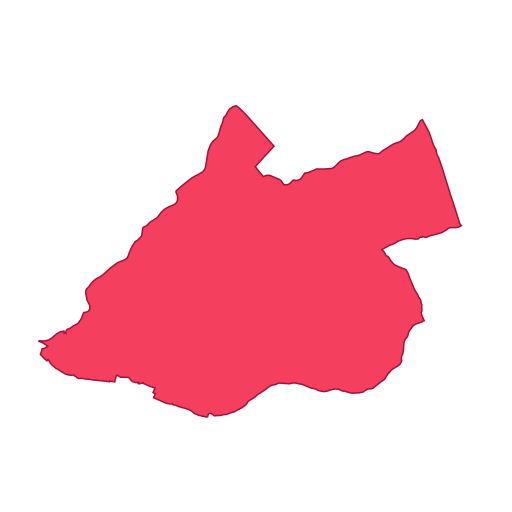 outline of Paltinoasa, Suceava, Romania, rotated 102°
{"feature_id": "2599482B31508452360493", "entity_name": "Paltinoasa", "entity_type": "district", "adm_level": 2, "iso_a3": "ROU", "parent_name": "Romania", "parent_adm1": "Suceava", "projection": "albers", "projection_center": [25.986, 47.548], "detail": "fine", "context": "isolated", "style": "filled", "palette": "rose", "viewbox_px": 512, "rotation_deg": 102, "n_neighbors": 0, "source": "geoboundaries", "source_scale": "gbopen_adm2", "svg_char_len": 6096}
<svg xmlns="http://www.w3.org/2000/svg" viewBox="0 0 512 512"><g transform="rotate(102 256 256)"><path d="M397.1,446.5L398.3,444.6L400.8,441.1L402.0,438.7L400.4,437.9L402.5,435.8L403.6,434.9L404.9,433.2L405.7,431.6L407.7,428.1L407.8,426.6L408.2,426.0L411.1,417.9L411.4,415.2L410.8,415.0L411.3,413.3L411.1,411.9L410.8,411.3L410.4,409.6L410.4,409.0L410.8,408.7L411.2,408.2L411.6,406.6L412.4,405.5L412.6,404.4L412.7,403.6L412.5,403.1L412.3,402.5L412.1,402.2L411.9,401.7L411.9,401.0L411.8,399.9L411.8,398.6L411.7,396.6L411.3,393.8L411.2,392.5L411.1,388.8L411.0,387.9L410.8,387.5L410.6,384.8L409.9,378.6L409.5,373.2L408.7,373.2L408.6,368.3L408.4,367.9L407.2,368.1L405.6,368.1L404.7,368.0L402.3,367.6L401.8,367.4L401.4,367.1L402.4,364.3L402.7,363.1L402.6,362.3L402.0,359.8L401.4,356.8L401.3,355.5L401.6,354.9L402.2,353.9L403.6,352.4L404.5,351.0L404.7,349.0L404.8,348.2L404.8,346.9L404.6,346.3L403.9,344.7L405.3,344.7L405.2,343.3L403.5,340.3L404.0,340.2L404.5,337.3L404.8,336.3L405.6,332.3L405.7,330.4L406.1,329.2L406.0,328.3L406.1,327.3L411.0,328.4L411.7,325.9L415.9,326.8L417.7,318.1L418.5,314.2L418.7,311.1L418.6,309.0L417.9,307.3L418.3,307.1L418.6,306.4L418.8,305.4L418.6,303.8L418.9,302.7L419.3,301.2L419.6,296.8L419.7,294.3L420.3,289.4L420.9,287.2L421.9,285.1L422.6,284.0L422.9,283.3L423.1,282.5L423.4,280.4L423.7,279.3L423.8,278.5L423.8,278.0L423.6,276.8L424.0,275.5L423.7,274.4L423.7,273.8L423.8,273.2L423.7,271.3L423.7,270.7L423.2,269.8L421.3,269.9L420.3,269.5L419.8,268.8L419.3,267.0L420.7,264.2L421.0,263.7L420.6,262.3L419.3,257.5L418.0,254.9L416.9,251.6L414.5,247.8L412.9,244.9L411.8,243.6L410.7,242.4L408.8,239.9L405.6,236.5L403.6,234.9L401.9,234.1L400.4,233.7L399.6,233.3L395.5,229.1L394.6,228.0L393.3,227.0L392.0,226.3L390.4,224.9L388.6,222.8L386.0,220.3L384.2,218.6L382.2,217.0L380.2,215.1L379.1,213.6L378.2,211.7L377.8,210.3L376.4,208.6L375.6,207.3L375.2,205.2L374.8,201.9L374.0,196.6L372.6,193.7L372.3,192.5L372.1,190.9L372.1,186.7L371.9,184.7L372.2,182.7L373.0,178.5L373.7,174.7L373.7,169.7L374.2,168.5L374.7,166.4L374.6,161.8L373.6,158.7L370.9,154.1L369.5,150.8L369.5,150.0L369.1,147.9L369.9,144.4L370.1,142.3L369.6,140.9L370.1,138.6L370.1,137.3L370.3,134.6L370.2,133.3L368.3,126.5L366.7,122.8L364.9,121.2L363.4,119.5L362.7,118.4L361.8,115.3L361.0,113.9L358.8,112.3L353.4,107.9L349.6,104.4L347.2,103.7L342.5,101.9L342.6,101.5L339.6,100.0L338.2,98.8L333.9,94.2L331.3,92.4L328.7,91.7L328.0,91.7L326.4,92.4L324.6,92.7L323.5,92.7L321.0,92.1L317.6,92.1L315.5,92.5L309.6,93.3L306.2,92.6L303.9,91.3L302.0,90.9L299.3,90.9L296.8,90.2L291.6,87.8L289.9,86.2L288.7,84.6L286.1,80.1L285.6,79.7L285.0,79.2L284.5,78.6L284.3,78.0L280.5,80.9L277.1,82.7L275.3,82.4L274.2,82.4L273.0,82.8L271.8,83.3L269.7,83.5L267.8,84.6L265.9,85.3L264.4,86.1L263.5,87.0L262.8,88.0L262.1,88.6L260.6,89.5L255.7,94.1L245.2,101.3L242.7,102.8L241.8,103.1L240.6,104.3L238.5,106.1L238.1,106.8L237.8,107.9L237.6,109.9L236.7,114.8L236.1,117.7L235.6,119.0L234.9,120.1L233.8,121.6L231.7,124.1L230.9,124.7L230.2,125.4L229.3,126.4L228.9,127.1L228.8,128.1L228.6,128.7L227.7,129.6L226.9,130.1L225.0,132.0L224.3,133.1L223.8,134.1L223.6,134.2L221.6,132.0L217.5,127.1L215.9,124.5L214.6,122.8L211.9,120.0L210.5,117.8L208.4,114.0L207.4,111.1L206.7,107.9L206.5,106.9L206.5,105.2L206.3,103.4L205.8,101.4L205.3,100.6L204.9,100.3L204.3,100.0L203.4,99.2L203.3,98.9L203.4,98.4L203.2,97.7L202.8,97.2L202.4,97.0L202.2,96.8L202.2,96.6L202.4,96.2L202.6,94.8L202.5,93.9L202.1,93.2L201.9,92.6L201.2,91.9L199.5,89.0L197.3,84.3L194.3,78.9L191.2,75.5L188.9,73.5L187.8,71.7L187.3,69.2L186.4,65.5L185.2,63.3L183.7,61.4L182.0,63.4L163.2,74.0L157.2,77.6L131.7,91.9L122.2,97.5L119.1,100.1L116.6,101.3L114.9,101.8L114.2,102.3L112.2,104.2L108.8,106.6L104.7,108.9L98.9,112.5L88.0,121.6L89.5,123.4L92.3,124.2L94.6,124.8L97.2,125.5L100.1,127.0L107.6,134.1L110.7,135.9L114.0,138.6L117.8,144.8L126.5,153.8L128.0,155.1L129.8,156.4L130.7,158.1L130.9,162.2L130.5,167.4L130.9,169.2L133.2,172.4L136.3,176.5L137.9,180.4L139.6,183.6L142.0,187.2L143.5,190.2L145.4,192.8L147.3,194.4L151.4,197.0L153.0,198.1L154.5,199.9L156.7,207.1L158.3,215.0L160.4,217.6L162.4,220.7L163.6,222.2L164.4,224.3L164.7,225.5L170.5,227.9L171.8,228.8L172.6,229.9L173.5,231.5L173.8,233.2L173.8,234.2L173.9,235.1L174.6,235.9L176.7,237.0L178.7,238.7L179.3,239.3L180.3,241.7L180.4,243.6L177.1,247.0L176.3,248.7L174.4,258.6L174.3,259.8L174.4,260.5L175.1,262.7L176.8,265.3L173.0,270.2L168.8,275.3L159.5,269.9L144.8,261.2L140.5,267.1L120.1,294.8L116.1,301.0L114.5,303.7L113.1,306.6L113.9,308.0L114.4,309.1L116.2,311.0L117.6,312.3L119.3,313.1L121.4,313.8L125.1,314.8L126.3,315.8L127.5,316.3L128.7,316.5L130.6,316.4L134.3,316.7L136.3,317.3L138.5,317.5L141.6,317.6L146.5,318.0L148.4,318.7L152.6,321.9L156.5,323.6L163.3,324.7L179.4,323.9L181.8,324.2L184.5,325.5L187.4,328.4L189.9,331.6L193.1,335.1L195.9,337.5L203.7,343.9L208.1,347.1L209.1,347.7L210.1,347.7L212.5,345.9L214.2,345.1L217.7,344.4L219.4,344.7L221.2,345.4L222.8,346.8L224.4,349.1L227.2,353.0L229.6,355.5L232.8,357.7L235.5,359.0L238.2,360.2L239.3,360.9L244.8,366.5L249.3,369.5L251.5,372.4L253.9,372.5L257.1,372.2L259.8,372.0L262.5,373.4L265.4,375.3L267.0,377.2L273.3,379.5L278.8,380.6L282.1,381.0L284.9,381.7L287.1,383.7L288.9,386.6L291.4,390.1L297.7,395.7L299.5,397.0L303.2,399.6L306.1,401.8L308.9,404.4L311.6,407.6L313.8,409.5L317.5,411.8L320.6,413.0L323.0,414.6L324.3,415.1L326.0,415.2L327.9,414.8L332.2,413.0L334.5,412.0L337.0,409.8L338.8,408.6L340.5,407.9L342.0,407.7L343.2,407.8L344.1,408.1L344.7,408.4L345.2,408.9L345.8,409.7L346.7,411.6L347.0,412.7L347.9,413.0L349.1,413.2L350.8,413.4L352.8,413.7L354.8,414.3L358.4,415.9L359.9,417.0L360.1,417.6L360.5,418.0L361.2,418.5L361.6,419.3L362.2,420.0L363.5,421.3L364.4,421.9L365.4,422.9L366.6,424.9L367.1,425.4L368.0,425.9L368.7,426.2L370.1,426.3L371.0,425.9L370.8,426.7L371.3,427.8L369.4,428.2L370.8,431.8L373.9,435.1L378.2,438.3L381.2,441.2L383.2,445.6L384.0,450.5L384.6,450.6L385.2,446.9L385.9,445.0L387.5,441.0L388.3,441.9L389.1,442.4L389.8,443.1L390.3,443.8L390.6,444.5L390.9,445.5L391.1,445.8L391.4,445.9L393.7,446.0L397.1,446.5Z" fill="#f43f5e" stroke="#9f1239" stroke-width="1.5"/></g></svg>